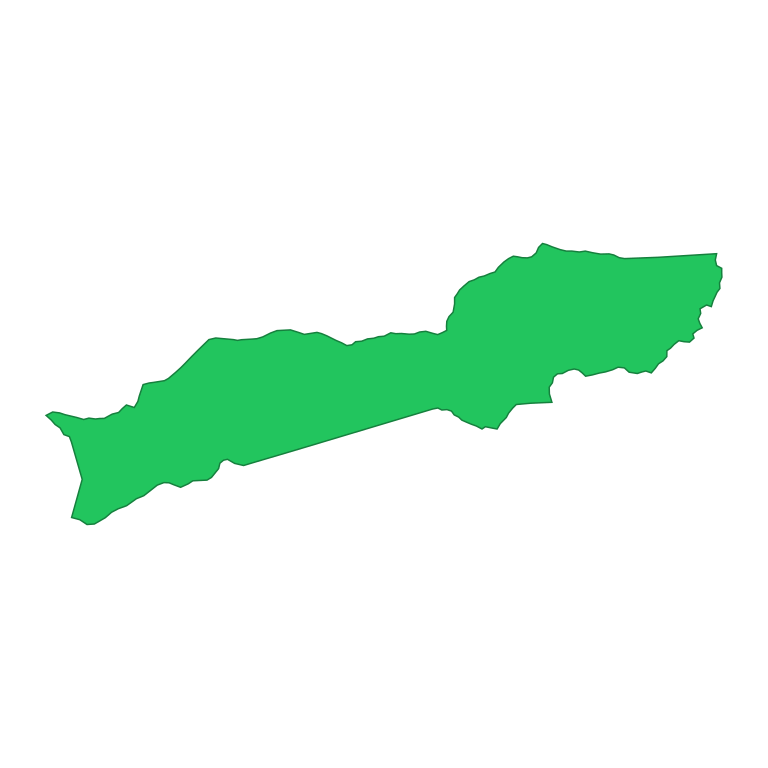 Ubajara, Ceará, Brazil (Mercator projection)
{"feature_id": "56859067B8309642510802", "entity_name": "Ubajara", "entity_type": "district", "adm_level": 2, "iso_a3": "BRA", "parent_name": "Brazil", "parent_adm1": "Ceará", "projection": "mercator", "projection_center": [-40.995, -3.875], "detail": "fine", "context": "isolated", "style": "filled", "palette": "green", "viewbox_px": 768, "rotation_deg": 0, "n_neighbors": 0, "source": "geoboundaries", "source_scale": "gbopen_adm2", "svg_char_len": 2715}
<svg xmlns="http://www.w3.org/2000/svg" viewBox="0 0 768 768"><path d="M71.6,517.5L79.8,519.7L87.0,524.5L94.4,524.0L105.3,517.7L111.5,512.3L118.1,508.8L126.6,505.7L136.4,498.7L143.8,495.7L157.3,485.1L163.9,482.6L169.1,482.8L173.4,484.6L180.6,487.3L188.3,483.8L192.8,480.8L207.0,480.1L211.5,477.4L218.6,468.6L219.9,463.2L223.5,460.2L227.5,459.3L234.6,463.4L243.6,465.5L251.9,463.0L301.9,448.2L432.7,409.0L437.9,408.0L441.8,410.0L447.0,409.6L451.5,411.1L454.2,414.9L458.7,417.1L461.8,420.1L466.1,422.0L471.3,424.2L476.3,426.0L482.0,429.0L485.4,426.7L491.2,427.9L497.1,429.0L500.3,423.6L506.3,417.5L508.6,413.1L512.7,408.1L516.3,404.5L530.9,403.2L540.0,402.8L551.9,402.3L549.4,394.0L549.2,387.2L552.4,382.8L553.5,377.2L557.5,373.8L562.3,373.5L568.4,370.3L574.2,369.0L578.6,370.0L582.2,372.9L585.6,376.2L592.4,374.9L599.1,373.1L605.5,371.9L612.7,369.7L618.1,367.2L624.4,367.9L629.1,372.2L637.3,373.5L641.8,372.0L645.8,371.0L651.3,372.9L655.3,368.3L658.5,363.8L663.0,360.9L666.8,356.6L666.9,350.7L670.5,348.2L674.1,344.4L678.8,340.7L684.0,341.7L689.5,342.1L694.0,338.1L692.8,333.9L697.1,330.3L702.2,327.8L699.8,323.3L698.2,318.8L700.7,313.4L700.0,308.8L706.6,305.0L711.3,306.6L713.1,300.7L715.1,296.5L717.0,292.3L719.9,288.5L719.5,282.8L721.9,277.2L721.7,272.8L721.7,268.3L716.6,265.6L715.3,260.0L716.6,253.7L658.5,257.3L624.6,258.6L619.2,257.7L613.8,255.0L609.1,253.9L600.5,254.1L592.4,252.7L585.3,251.1L579.3,252.0L572.0,251.1L566.3,251.1L560.1,249.6L552.0,246.8L546.7,244.6L542.5,243.5L538.6,247.4L536.2,252.9L531.7,256.8L527.4,257.9L522.1,257.7L517.6,256.8L513.3,256.2L508.6,258.6L503.9,262.0L498.4,267.3L495.0,272.0L490.1,273.5L484.2,276.0L479.0,277.2L474.1,279.9L469.1,281.6L463.9,286.0L459.6,290.0L457.2,293.9L454.6,297.5L454.6,303.9L453.1,312.2L449.0,316.6L446.8,321.3L446.5,326.3L446.7,330.4L442.4,332.6L437.7,334.6L432.6,333.3L425.8,331.3L419.7,332.0L414.4,334.0L409.1,334.2L401.4,333.5L395.8,333.7L390.8,332.8L384.2,336.2L378.4,336.7L373.9,338.2L367.5,338.9L361.7,341.2L355.6,341.7L352.0,344.8L346.8,345.6L341.6,342.8L336.0,340.4L331.2,338.0L326.8,335.8L321.5,333.6L317.0,332.4L304.3,334.4L299.1,332.6L290.5,329.9L277.0,330.6L270.6,333.0L262.8,336.9L256.9,338.7L251.9,339.1L241.6,339.7L237.5,340.4L233.4,339.6L215.7,338.0L208.9,339.6L198.2,350.0L192.3,355.9L189.4,358.9L185.1,363.4L180.8,367.7L175.6,372.4L168.4,378.5L164.4,380.7L153.6,382.4L149.1,383.0L143.1,384.6L139.3,396.0L137.9,401.4L134.3,407.5L126.4,405.0L122.3,408.6L118.6,412.5L112.2,414.1L104.3,418.4L99.6,418.5L95.5,419.0L88.9,418.1L83.7,419.5L76.8,417.5L65.0,414.7L59.6,412.9L52.7,412.0L46.1,415.4L51.3,420.1L55.1,424.5L60.1,427.9L63.9,434.6L69.4,436.6L71.4,441.9L82.2,479.4L71.6,517.5Z" fill="#22c55e" stroke="#15803d" stroke-width="1.5"/></svg>